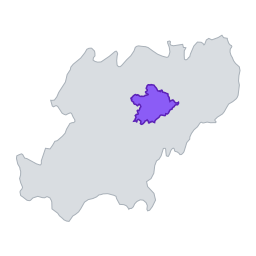 location of Grad Beograd within Republic of Serbia, rotated 91°
{"feature_id": "SRB-836", "entity_name": "Grad Beograd", "entity_type": "City", "adm_level": 1, "iso_a3": "SRB", "parent_name": "Republic of Serbia", "parent_adm1": "", "projection": "robinson", "projection_center": [20.4, 44.661], "detail": "fine", "context": "in_parent", "style": "filled", "palette": "violet", "viewbox_px": 256, "rotation_deg": 91, "n_neighbors": 0, "source": "natural_earth", "source_scale": "10m", "svg_char_len": 7693}
<svg xmlns="http://www.w3.org/2000/svg" viewBox="0 0 256 256"><g transform="rotate(91 128 128)"><path d="M147.8,92.3L155.2,94.4L158.6,96.4L160.4,98.9L165.1,100.6L172.8,101.4L178.2,104.1L181.3,108.5L186.2,107.4L192.9,100.9L199.6,99.2L206.2,102.3L209.8,104.9L210.5,106.9L208.9,107.7L205.3,107.3L202.3,108.6L199.9,111.5L199.6,114.5L201.3,117.8L203.7,120.0L206.7,121.3L208.3,123.0L208.5,125.1L209.3,125.7L207.6,126.7L205.8,128.2L204.7,130.8L204.5,135.0L198.7,138.2L196.5,138.8L195.5,141.0L194.0,147.1L194.3,151.7L195.1,154.0L195.4,155.9L197.4,158.2L199.1,161.8L200.3,166.5L202.9,170.2L209.5,173.8L212.7,175.9L215.2,178.9L217.0,181.7L222.4,185.3L222.1,187.9L220.9,190.5L219.7,191.7L217.0,195.0L214.4,196.8L210.2,202.6L203.4,202.9L201.8,203.4L199.2,204.9L198.0,207.8L199.2,210.1L199.1,212.5L197.9,217.0L199.6,221.9L202.0,224.2L202.4,225.4L202.0,227.7L198.5,232.4L197.4,234.1L193.8,234.9L192.6,234.5L190.7,232.9L189.0,232.4L184.7,234.3L180.4,235.5L176.9,234.6L173.5,234.5L171.2,235.2L169.4,235.5L165.9,237.6L160.4,239.0L157.8,238.7L156.8,236.8L155.7,234.1L156.3,232.9L159.9,230.8L160.3,228.7L165.4,219.0L166.4,215.8L166.4,214.7L165.1,214.0L162.3,214.1L149.7,210.1L150.3,205.6L146.6,203.1L142.6,200.9L141.9,198.5L137.5,193.6L134.3,190.8L130.2,189.4L126.7,187.4L124.5,186.2L123.6,183.9L123.6,182.5L122.5,181.2L120.8,181.3L117.9,183.1L114.4,184.7L113.8,185.9L115.0,188.6L116.0,190.3L115.5,192.0L114.4,194.1L107.6,198.7L106.8,200.3L108.1,202.9L107.3,204.1L101.6,205.8L101.7,204.4L101.4,202.1L98.1,199.7L93.5,197.8L83.2,191.4L79.2,190.5L75.7,189.8L70.7,186.7L68.1,186.2L65.2,183.9L58.9,176.5L53.6,172.5L50.0,170.5L49.0,168.5L48.8,166.4L48.9,165.7L51.7,162.8L53.8,162.4L56.5,162.3L58.3,163.8L60.7,164.1L62.0,162.2L62.7,159.5L62.4,156.1L56.7,148.0L51.9,142.5L51.3,141.2L52.4,140.2L54.1,139.6L55.9,140.1L60.7,140.5L65.3,140.0L66.8,138.6L66.8,136.8L65.2,135.1L59.8,130.5L55.7,126.4L50.8,123.3L47.2,122.1L46.1,120.5L45.7,118.8L46.1,115.7L46.4,111.8L47.2,109.3L50.5,104.6L53.7,99.7L55.6,94.9L56.7,90.5L56.3,89.2L54.7,88.3L51.2,87.4L46.4,88.2L42.4,89.8L40.8,89.9L40.3,87.9L40.9,87.1L42.2,87.2L43.2,87.5L44.4,86.6L45.0,84.0L43.4,74.8L46.5,74.0L46.5,72.7L46.8,71.5L49.9,73.1L54.3,73.1L58.2,72.8L58.8,71.9L58.7,70.6L57.9,69.6L56.6,68.7L55.6,67.5L53.0,66.9L44.9,63.6L40.9,60.1L41.0,56.4L42.2,54.4L43.6,53.6L43.2,52.9L38.6,51.2L37.0,48.8L38.4,45.7L36.0,39.5L33.6,35.7L36.0,34.0L36.4,31.6L36.6,30.3L37.6,30.3L41.6,28.7L43.1,27.4L43.9,25.9L44.9,25.6L47.5,27.2L50.3,27.3L53.5,26.3L55.8,24.9L58.7,23.7L59.9,22.9L61.6,21.6L64.9,17.8L68.6,17.0L73.7,18.0L79.1,18.3L83.1,17.4L93.4,18.5L95.6,19.4L97.0,20.4L99.7,23.6L102.3,27.8L105.8,29.8L110.1,32.1L112.3,33.8L115.6,38.8L118.1,41.3L119.0,41.2L119.8,40.5L120.4,40.0L121.1,40.5L121.1,42.0L121.3,45.4L120.7,49.0L121.6,52.4L121.6,53.5L121.0,54.5L121.1,55.3L122.0,56.3L125.5,58.5L128.7,62.0L132.4,64.5L135.9,66.0L138.1,66.1L141.6,69.0L148.7,71.0L150.9,71.7L152.5,72.9L153.6,74.2L153.7,75.6L152.6,76.3L151.1,78.3L150.5,80.6L149.4,81.2L148.3,81.3L147.4,82.0L147.6,83.0L148.6,84.0L150.0,84.9L152.9,85.8L155.6,87.1L155.6,88.1L155.1,89.2L151.5,89.7L148.9,89.9L147.7,90.3L147.8,92.3Z" fill="#d9dde1" stroke="#a8b0b8" stroke-width="1"/><path d="M84.7,102.8L86.2,101.7L87.2,100.7L88.0,100.1L90.2,99.0L90.4,98.4L90.5,98.2L90.6,97.8L90.6,97.7L90.3,97.3L90.3,97.2L90.7,96.9L90.8,96.9L90.9,96.4L91.0,96.3L90.9,96.2L90.4,96.0L90.1,95.8L89.9,95.7L89.7,95.6L89.6,95.4L89.6,95.1L89.6,94.9L89.8,94.5L90.1,94.4L90.5,94.4L90.8,94.3L91.1,94.2L91.3,94.1L91.5,94.0L91.5,93.9L91.6,93.7L91.6,92.9L91.7,92.6L92.0,92.3L92.0,92.1L92.1,91.7L92.1,91.3L92.6,90.4L92.8,90.1L92.9,89.6L93.0,89.0L93.0,88.9L93.4,88.6L93.6,88.6L94.4,88.6L94.8,88.6L95.2,88.5L95.7,88.1L96.1,87.8L96.8,87.4L97.1,87.3L97.7,87.3L98.7,87.1L100.7,86.5L100.4,86.2L99.7,85.1L99.2,83.8L99.5,83.8L99.8,82.8L101.1,81.9L102.2,80.6L101.7,78.4L101.4,78.0L101.9,77.9L102.3,77.9L102.5,77.9L102.7,78.0L103.0,78.2L103.4,78.5L103.8,78.7L103.9,78.8L103.9,79.1L103.8,79.5L103.8,79.8L104.0,80.2L104.1,80.9L104.2,81.0L104.3,81.2L104.6,81.5L106.0,82.4L106.1,82.5L106.3,83.1L106.5,83.3L106.8,83.6L107.2,83.9L107.4,84.1L107.6,84.2L107.8,84.2L108.2,84.2L108.4,84.3L108.5,84.4L108.6,84.6L108.6,85.2L108.6,85.3L108.7,85.5L108.9,85.8L109.0,86.0L109.6,86.5L109.9,86.7L110.7,87.0L111.1,87.3L111.8,87.5L112.0,87.6L112.3,87.8L112.6,88.1L113.2,88.8L113.3,88.9L113.3,89.0L113.3,89.3L113.2,89.4L113.1,89.6L113.0,90.5L114.3,90.7L114.9,91.0L115.0,91.7L114.5,94.5L114.5,95.1L114.7,95.8L115.3,96.3L116.5,97.0L117.1,97.6L118.7,99.7L119.7,100.7L120.7,101.3L122.1,101.5L121.4,103.3L121.1,103.6L121.0,103.8L121.0,104.0L121.0,104.3L121.2,104.5L121.5,104.8L121.6,105.0L121.7,105.4L121.7,105.5L121.5,105.8L121.7,106.1L122.1,106.3L122.3,106.4L122.4,106.6L122.6,107.0L122.6,107.3L122.5,107.5L122.4,107.5L121.7,107.6L121.2,107.9L120.7,108.0L120.2,108.5L119.7,108.8L119.5,109.0L120.1,109.6L120.4,110.0L120.5,110.2L120.5,110.6L120.6,111.0L121.1,111.2L121.4,111.3L121.8,111.5L122.6,112.3L123.1,112.7L123.3,112.9L123.5,113.2L123.8,113.8L124.1,114.2L124.1,114.4L124.1,114.6L124.1,114.8L123.5,115.5L123.4,115.6L123.2,115.7L122.9,115.6L122.1,115.3L121.8,115.2L121.4,115.2L121.0,115.4L120.5,115.5L120.4,115.6L120.3,116.4L120.2,116.5L119.6,117.0L119.4,117.2L119.3,117.3L119.2,117.4L119.2,117.6L119.2,117.8L119.3,118.0L119.5,118.2L119.7,118.6L120.2,119.1L120.3,119.2L120.5,119.3L120.8,119.3L121.1,119.2L121.4,119.2L121.6,119.2L121.7,119.3L121.8,119.4L121.8,119.5L121.0,120.3L120.9,120.4L120.8,120.7L120.8,120.8L120.8,121.0L121.0,121.5L121.1,122.3L120.4,121.9L120.1,121.7L119.8,121.2L119.6,121.1L119.2,120.9L118.6,120.9L118.3,120.8L118.1,120.7L117.7,120.4L117.4,120.2L117.1,120.2L116.8,120.3L116.2,120.6L115.5,121.0L115.1,120.5L114.9,120.3L114.8,120.2L114.5,120.1L114.4,120.1L114.2,119.8L114.3,119.5L114.2,119.0L114.1,118.6L114.1,118.4L114.0,118.2L113.8,118.1L113.5,118.0L113.4,118.0L112.7,118.3L112.0,118.6L111.7,118.7L111.1,118.9L110.7,119.1L110.4,119.0L110.3,118.9L110.2,118.8L110.1,118.6L110.2,118.1L110.4,117.4L109.7,117.0L109.1,116.7L108.6,116.6L108.1,116.6L107.6,116.3L107.2,116.0L106.7,115.6L106.1,115.5L105.2,116.2L105.0,116.3L104.7,116.3L104.5,116.5L104.3,116.7L104.1,117.0L104.0,117.3L104.1,117.6L104.7,118.1L105.1,118.3L105.6,118.8L105.6,119.0L105.2,119.5L104.5,120.3L104.2,120.7L104.1,120.9L104.2,121.5L104.1,121.8L104.0,122.0L103.8,122.2L103.6,122.5L103.4,122.6L103.1,122.7L102.8,122.8L102.4,122.7L102.1,122.8L101.8,123.2L101.7,123.5L101.6,123.8L101.1,124.3L100.8,124.7L100.7,124.8L100.4,124.9L100.2,125.0L99.8,125.0L99.5,124.8L99.3,124.7L99.1,124.7L98.9,124.8L98.9,125.0L98.9,125.3L98.8,125.5L98.6,125.6L98.2,125.5L97.9,125.4L97.7,125.2L97.3,124.6L97.2,124.4L96.2,123.6L95.7,123.2L94.7,121.8L94.4,121.2L94.5,120.9L94.5,120.7L95.0,120.2L95.1,119.9L95.1,119.7L94.7,119.3L94.7,119.2L94.6,118.8L94.7,118.7L95.0,118.4L95.0,118.0L95.0,117.9L95.2,117.7L95.6,117.4L95.8,117.2L95.9,116.9L96.0,116.6L96.2,116.1L96.2,115.8L96.2,115.5L96.2,115.2L96.0,114.8L95.9,114.7L96.0,114.4L96.2,113.9L96.2,113.7L96.1,113.2L96.0,112.7L95.8,112.1L95.5,111.8L95.4,111.6L95.0,111.4L94.9,111.2L95.0,110.5L95.0,110.4L94.9,110.1L94.7,109.8L94.6,109.3L94.6,109.0L94.6,108.9L94.4,108.6L94.2,108.4L93.9,108.5L93.7,108.9L93.6,109.3L93.4,109.6L93.2,109.8L93.1,110.0L92.9,110.4L92.8,110.5L92.5,110.8L91.8,111.1L91.7,111.1L91.4,110.9L91.2,110.5L90.9,110.1L90.7,109.7L90.2,109.4L89.6,109.4L89.4,109.4L89.3,109.5L89.1,109.6L88.9,109.8L88.7,110.1L88.5,110.3L88.3,110.4L87.9,110.5L87.8,110.4L87.5,110.3L87.0,110.1L86.5,109.9L85.7,109.7L85.4,109.6L85.3,109.4L85.1,109.2L84.8,109.0L84.6,108.8L84.5,108.6L84.4,108.4L84.4,108.2L84.4,107.6L84.6,107.4L84.6,106.6L84.5,106.3L84.5,106.1L84.2,105.8L84.2,105.7L84.2,105.4L84.5,105.0L84.5,104.9L84.4,104.6L84.7,102.8Z" fill="#8b5cf6" stroke="#5b21b6" stroke-width="1.5"/></g></svg>